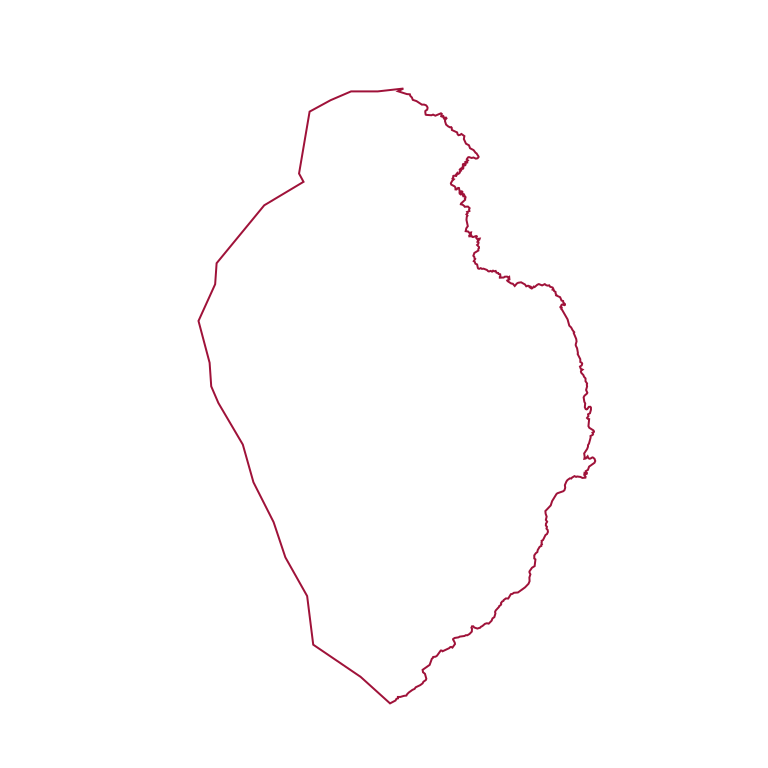 the district of Yunyoo-nasuan, Northern, Ghana, rotated 233°
{"feature_id": "2480657B16330149254954", "entity_name": "Yunyoo-nasuan", "entity_type": "district", "adm_level": 2, "iso_a3": "GHA", "parent_name": "Ghana", "parent_adm1": "Northern", "projection": "robinson", "projection_center": [-0.116, 10.434], "detail": "fine", "context": "isolated", "style": "outline", "palette": "rose", "viewbox_px": 768, "rotation_deg": 233, "n_neighbors": 0, "source": "geoboundaries", "source_scale": "gbopen_adm2", "svg_char_len": 6166}
<svg xmlns="http://www.w3.org/2000/svg" viewBox="0 0 768 768"><g transform="rotate(233 384 384)"><path d="M608.3,577.3L621.5,555.0L637.5,533.8L642.8,512.1L646.3,488.5L603.2,442.8L593.9,441.4L598.8,395.9L581.2,323.0L565.3,309.2L546.0,273.8L505.9,257.5L486.1,244.6L468.5,240.3L420.6,234.8L384.1,220.6L340.1,212.7L304.9,200.9L260.9,195.0L218.4,170.6L164.1,189.1L125.3,196.6L124.3,202.7L125.1,204.5L124.5,206.0L125.7,206.8L124.3,208.6L122.9,212.3L121.7,214.4L122.3,215.6L122.7,218.1L122.6,222.7L122.1,224.9L122.7,226.8L121.7,231.7L121.7,234.7L122.5,236.3L122.4,239.2L123.1,240.4L127.9,242.3L130.3,241.7L132.5,242.8L132.2,251.4L135.8,256.9L135.8,258.1L136.4,259.0L135.2,261.1L135.1,262.8L137.0,268.9L136.4,269.7L135.3,269.9L133.8,277.1L134.0,278.5L133.6,279.4L132.3,280.0L133.6,284.2L135.0,284.9L138.4,285.4L138.8,285.9L138.6,287.7L136.8,291.1L136.7,292.4L134.4,296.5L134.1,298.3L133.2,299.3L132.9,301.8L133.4,305.1L135.6,307.0L136.7,307.1L137.5,308.5L136.7,309.5L135.3,309.5L132.5,311.4L131.5,314.2L131.8,315.2L131.5,316.9L131.7,320.3L131.0,322.2L129.6,323.4L130.2,327.5L131.5,329.6L131.4,331.8L133.7,334.9L135.1,335.5L135.9,336.9L136.8,341.7L137.3,342.3L137.2,344.1L137.7,345.2L138.6,345.5L139.2,347.4L138.9,348.8L139.4,349.5L139.4,352.3L137.9,354.1L139.8,358.8L139.1,360.3L139.1,362.1L136.9,365.5L136.7,374.2L137.5,379.2L138.9,381.6L142.0,383.7L143.9,386.4L145.8,386.7L146.8,387.4L148.2,391.6L147.9,394.7L152.8,399.4L154.2,399.0L156.7,400.9L157.5,403.3L157.5,405.3L158.9,406.9L160.3,410.3L160.0,412.2L160.9,412.8L160.9,413.7L162.3,414.1L162.8,414.9L163.9,415.5L163.7,417.1L166.2,422.1L166.1,423.9L167.2,425.9L169.0,426.9L170.7,426.7L171.9,428.2L173.6,428.1L175.0,429.3L175.8,431.4L178.1,431.5L180.2,434.1L183.1,435.0L185.4,436.4L186.7,444.1L189.3,447.8L192.3,455.4L192.4,456.7L190.5,462.6L190.6,464.2L192.1,466.3L194.4,467.6L196.4,471.1L196.9,472.8L196.8,475.7L195.8,476.7L196.1,477.8L195.8,480.7L194.2,481.5L193.9,482.6L191.5,485.0L189.6,485.9L188.0,488.5L188.6,489.2L190.9,489.2L192.1,490.4L190.5,491.0L190.3,492.0L190.8,492.5L192.3,492.0L193.0,492.6L192.7,495.2L194.6,498.1L194.4,504.7L195.4,506.4L197.6,507.1L199.4,506.7L200.0,506.2L200.2,504.0L200.7,503.1L201.9,502.6L203.7,503.1L203.1,500.3L203.7,499.0L205.0,500.4L208.1,502.1L209.9,507.2L211.2,509.2L212.4,510.1L213.1,511.9L216.8,516.7L218.2,517.6L217.8,520.0L218.2,520.9L219.7,521.2L219.4,522.8L219.8,523.2L221.0,523.3L225.5,521.6L227.3,521.9L232.5,526.7L233.6,525.8L234.7,525.7L235.3,527.9L237.0,528.7L236.7,530.9L238.9,533.8L240.7,535.1L241.6,535.1L242.5,533.8L241.6,531.2L241.9,530.4L242.6,530.0L244.6,530.4L247.4,533.0L249.2,533.3L253.2,535.4L254.0,537.1L254.2,540.2L254.6,541.1L257.6,541.8L259.9,544.8L261.2,545.4L262.2,546.5L264.9,546.6L267.2,548.3L269.5,548.1L271.0,548.6L274.3,548.3L275.4,548.7L276.0,549.5L276.0,551.2L277.7,550.3L280.0,551.0L279.9,553.1L280.9,554.5L282.0,554.7L283.4,554.0L285.7,555.7L291.4,556.7L292.0,557.5L296.3,559.7L299.3,560.3L300.3,561.0L302.1,563.4L304.3,564.6L310.6,566.2L310.9,567.1L313.4,567.0L316.5,567.5L319.1,567.1L325.1,569.5L336.3,570.9L337.0,570.7L337.8,571.7L338.7,571.0L339.3,571.1L339.5,572.5L340.0,572.7L340.4,573.6L340.2,574.3L338.4,575.5L338.3,576.2L338.9,576.6L341.2,576.3L342.5,577.0L343.8,576.0L347.3,576.9L351.2,574.8L351.6,575.4L352.8,575.4L354.3,576.4L355.9,575.8L356.6,576.2L357.9,575.4L358.4,576.6L359.6,576.7L361.7,575.2L363.4,575.3L363.9,574.1L365.2,573.0L367.0,572.5L367.6,569.6L370.6,567.8L371.0,566.3L370.8,562.6L371.7,562.2L371.2,560.1L371.5,559.3L373.2,558.7L373.1,559.8L373.3,559.8L375.8,558.2L376.4,556.4L378.6,556.5L382.7,554.7L384.1,552.1L384.3,550.6L383.6,547.4L386.6,547.2L387.7,546.1L391.8,544.6L392.5,544.7L392.0,547.1L394.0,548.3L393.9,547.1L394.9,547.4L395.7,546.9L397.0,545.1L397.0,543.7L399.2,540.5L399.9,541.0L400.1,541.9L401.7,542.8L402.9,541.7L404.0,542.0L405.2,540.8L407.1,541.2L407.7,539.8L408.9,539.3L408.7,537.9L410.1,537.3L410.7,535.6L411.3,535.1L413.2,534.8L416.2,532.9L417.0,531.5L418.3,531.0L418.7,529.4L419.4,528.8L420.2,528.8L423.4,530.3L425.1,529.4L427.0,530.0L428.1,529.6L429.0,532.1L429.8,531.9L431.1,532.6L432.6,532.5L434.3,535.1L433.8,539.7L435.0,540.5L435.4,541.7L436.3,542.3L439.0,542.0L439.2,543.6L440.0,544.6L440.5,544.8L441.3,544.2L442.0,545.6L441.9,547.0L442.5,547.9L443.0,547.0L443.0,545.7L445.2,545.6L446.0,547.0L446.7,546.7L447.8,543.5L448.4,543.0L450.0,543.2L450.0,541.8L450.6,541.0L451.3,541.4L451.6,543.6L452.6,544.7L453.3,543.1L455.2,542.9L456.9,541.2L458.8,543.4L459.6,545.9L465.4,548.6L467.7,550.7L468.2,552.0L469.9,551.9L470.2,553.7L471.4,553.9L470.7,556.3L472.2,557.0L472.9,558.2L475.2,557.8L477.0,555.1L477.9,555.2L479.8,554.7L481.3,553.5L481.8,554.1L482.3,559.7L483.6,560.3L483.6,561.1L484.2,561.6L485.0,561.7L486.2,560.3L487.1,560.6L487.0,561.9L487.5,562.0L488.8,561.0L489.1,559.4L490.5,559.0L491.2,559.4L489.7,561.3L490.1,562.2L490.8,562.2L491.5,561.6L492.0,560.2L495.4,561.8L496.0,561.2L495.7,559.0L496.4,558.2L497.9,559.3L499.4,559.3L502.8,557.7L504.1,558.2L505.2,560.7L505.5,563.0L506.8,562.3L507.4,563.7L508.4,564.4L508.2,565.4L506.7,566.8L507.1,567.7L507.9,567.7L508.4,569.6L507.3,569.5L507.0,570.0L507.2,571.8L508.2,572.4L508.0,574.0L508.7,574.2L509.6,573.7L509.9,574.7L509.7,575.4L508.4,576.3L508.6,577.2L509.1,577.6L509.9,577.0L510.3,578.0L510.2,579.4L511.5,578.8L512.0,579.3L511.7,580.3L510.1,580.2L509.8,580.6L510.2,581.3L511.5,581.7L510.8,583.8L511.1,584.0L512.3,583.3L512.1,585.6L513.7,585.4L514.4,587.4L514.1,588.4L511.8,590.0L511.0,591.8L508.7,593.0L508.0,594.5L508.2,595.9L508.7,596.4L512.5,596.7L513.5,596.3L516.9,596.3L520.5,594.6L523.5,595.5L526.6,594.1L531.6,595.2L533.6,597.4L537.1,596.3L537.2,594.6L537.9,593.2L539.2,593.1L540.9,593.8L546.0,591.1L547.9,592.3L548.8,592.2L549.2,591.2L551.1,590.3L553.8,589.7L557.2,590.9L558.2,591.9L558.6,593.8L559.5,593.8L559.7,593.2L559.3,591.7L561.0,591.8L561.8,592.6L562.4,592.6L562.7,591.2L563.4,590.8L564.9,592.7L565.9,592.4L567.4,586.5L569.6,585.3L570.1,583.6L573.6,579.6L574.1,579.4L576.5,580.7L577.2,581.5L577.1,583.6L578.3,585.0L579.6,585.4L581.3,585.3L583.0,584.2L584.3,582.4L590.4,580.2L593.6,578.0L596.0,578.7L598.3,578.4L599.8,579.0L601.7,576.8L609.3,571.4L608.3,577.3Z" fill="none" stroke="#9f1239" stroke-width="2"/></g></svg>